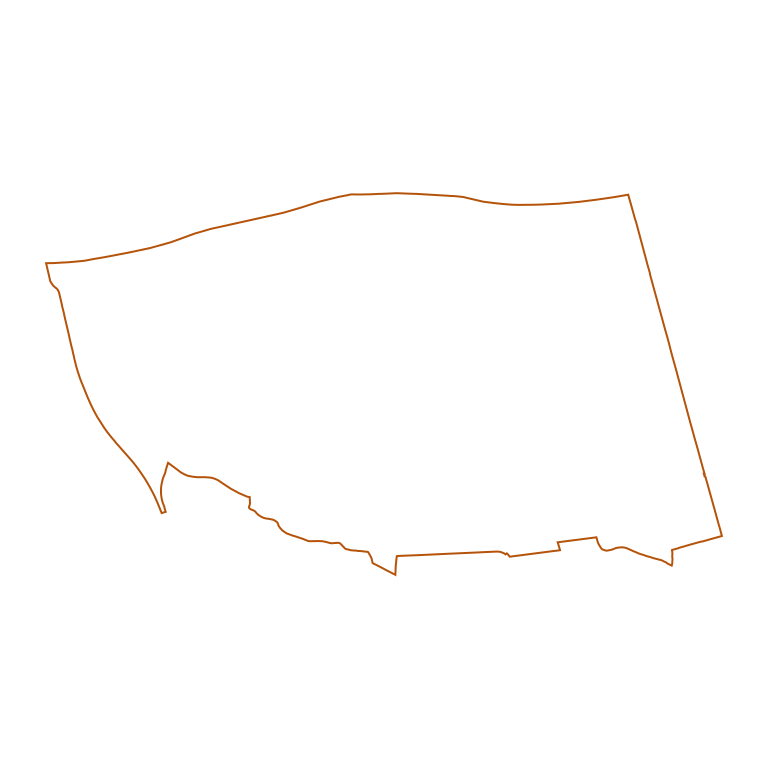 Geertruidenberg, Noord-Brabant, Netherlands
{"feature_id": "6326949B69937984570912", "entity_name": "Geertruidenberg", "entity_type": "district", "adm_level": 2, "iso_a3": "NLD", "parent_name": "Netherlands", "parent_adm1": "Noord-Brabant", "projection": "natural_earth1", "projection_center": [4.874, 51.696], "detail": "fine", "context": "isolated", "style": "outline", "palette": "amber", "viewbox_px": 768, "rotation_deg": 0, "n_neighbors": 0, "source": "geoboundaries", "source_scale": "gbopen_adm2", "svg_char_len": 6018}
<svg xmlns="http://www.w3.org/2000/svg" viewBox="0 0 768 768"><path d="M721.9,536.0L721.6,534.9L721.5,534.5L720.4,530.4L719.4,526.8L718.9,525.2L715.7,513.5L712.4,501.7L711.1,497.1L708.1,486.3L705.4,476.7L704.6,476.5L704.1,474.5L703.9,473.9L704.6,474.0L702.1,465.2L700.6,459.6L700.4,458.9L698.8,453.2L697.9,449.7L696.5,444.8L694.6,438.2L693.2,433.0L692.7,431.2L691.4,426.5L690.9,424.9L690.6,423.8L677.1,373.6L677.0,373.1L674.1,362.7L672.5,357.0L670.9,351.0L669.1,343.8L667.3,337.2L665.8,331.9L665.5,330.9L663.0,321.8L652.0,281.7L650.2,275.1L649.8,272.8L648.5,268.2L647.4,264.5L646.4,260.6L636.3,222.9L634.8,218.2L631.4,206.0L631.3,205.6L628.2,194.7L615.6,196.9L603.4,198.7L595.7,199.8L587.6,200.8L578.8,201.9L558.7,203.7L542.1,204.5L539.5,204.6L535.6,204.7L529.6,204.8L526.8,204.8L518.9,204.9L511.7,204.7L510.6,204.6L502.9,204.0L493.6,203.0L483.2,201.7L463.2,197.0L461.3,196.8L455.7,196.2L454.3,196.1L452.1,196.0L449.9,195.9L447.2,195.7L436.9,195.1L416.8,193.9L412.7,193.8L397.0,193.2L396.4,193.2L380.4,193.9L378.3,193.9L376.7,194.0L370.4,194.3L364.1,194.4L361.6,194.5L351.1,194.4L346.5,195.4L344.7,195.7L338.6,196.9L337.1,197.3L328.1,199.5L320.7,201.3L318.9,201.8L317.1,202.4L301.3,207.5L283.5,212.7L281.8,213.1L277.0,214.2L210.8,228.9L194.9,233.5L170.7,242.3L150.2,248.0L128.1,252.7L123.9,253.5L120.0,254.2L116.5,254.9L111.9,255.8L106.0,256.9L100.3,257.9L93.1,259.1L87.5,260.2L84.1,260.8L83.1,260.9L79.0,261.3L70.2,262.1L67.8,262.3L65.5,262.4L61.5,262.6L53.2,263.1L52.6,263.1L51.4,263.1L46.1,263.2L50.3,281.3L52.7,285.0L52.9,285.3L54.0,286.4L55.3,287.5L56.7,288.6L57.1,289.1L57.4,289.4L57.9,290.1L58.2,290.7L58.6,291.4L58.9,292.1L59.1,292.9L59.4,294.1L59.9,296.2L60.8,300.0L61.7,303.9L62.2,306.4L63.2,310.5L63.8,312.8L64.3,315.3L64.9,317.9L65.4,320.2L66.1,323.0L66.6,325.3L67.2,327.7L67.7,329.9L68.3,332.3L68.8,334.7L69.3,336.9L70.2,341.0L70.9,344.0L71.6,347.0L72.4,349.9L73.0,352.9L73.8,356.0L74.3,358.6L75.9,365.0L76.7,368.1L77.7,371.4L78.9,375.0L79.8,377.8L81.0,381.0L83.5,387.1L84.1,388.5L84.5,389.5L84.7,390.2L85.3,391.6L85.7,392.6L86.3,394.1L87.0,395.7L87.7,397.5L89.9,402.5L90.9,404.7L91.7,406.3L92.6,408.2L93.5,410.0L95.8,414.3L97.4,417.2L99.1,419.8L102.3,424.8L104.0,427.5L105.9,430.2L107.5,432.4L108.9,434.1L109.6,435.1L112.5,438.6L114.8,441.3L115.6,442.3L116.5,443.5L117.6,444.6L123.9,451.8L128.6,457.1L132.0,461.0L134.6,464.2L137.2,467.6L140.7,472.5L144.8,478.6L146.1,480.7L147.7,483.4L149.5,486.5L152.3,491.7L154.9,496.8L157.2,502.1L161.7,513.1L165.7,511.8L165.4,511.0L164.5,508.0L164.5,507.3L162.7,502.7L161.7,498.9L161.6,498.2L161.0,493.8L161.0,492.8L161.0,491.7L161.0,490.2L161.0,489.0L161.1,487.8L161.2,486.8L161.3,485.8L161.5,484.5L162.0,482.3L162.1,481.7L162.7,479.3L162.9,478.3L163.5,476.9L165.2,472.9L165.7,470.6L166.3,468.5L166.6,467.3L168.1,462.8L171.6,465.4L176.0,468.7L180.9,472.4L182.0,473.0L184.4,474.3L185.5,474.8L186.8,475.4L188.0,475.8L188.3,475.9L190.2,476.2L192.4,476.7L192.9,476.7L196.8,477.2L197.3,477.2L199.9,477.2L202.2,477.2L203.4,477.2L204.9,477.2L205.1,477.2L209.2,477.5L210.1,477.6L211.2,477.7L211.7,477.8L212.8,478.1L213.6,478.4L214.8,478.8L215.4,479.0L215.8,479.2L217.2,479.8L217.9,480.2L218.1,480.3L218.7,480.7L219.2,481.0L221.3,482.4L222.4,483.2L224.4,484.5L230.8,488.7L239.1,493.2L246.3,496.3L247.7,496.8L249.7,497.1L250.0,503.2L249.7,505.0L249.3,505.9L249.0,507.0L249.1,507.8L249.4,508.4L250.9,509.4L252.5,510.0L253.5,510.4L254.4,510.9L254.9,511.3L255.8,512.2L256.4,513.0L257.0,513.6L258.4,515.0L259.2,515.4L260.2,516.1L261.2,516.7L262.4,517.3L264.0,518.0L266.2,518.5L268.4,518.8L269.7,519.0L271.1,519.3L272.7,519.6L273.6,520.0L274.7,520.5L275.9,521.3L276.8,522.0L277.5,522.7L277.9,523.8L278.2,524.4L278.4,525.3L278.8,526.1L279.3,526.8L279.7,527.5L280.3,528.1L280.9,528.9L281.5,529.4L282.3,530.5L283.3,531.1L283.9,531.5L285.3,532.5L286.9,533.5L288.3,534.0L290.2,534.7L291.9,535.3L293.0,535.7L294.5,536.1L297.0,536.9L300.5,538.1L302.7,538.8L303.7,539.2L304.6,539.6L305.7,540.0L306.6,540.4L307.9,540.9L308.8,541.1L309.8,541.2L311.0,541.2L314.4,541.1L316.0,541.1L317.8,541.0L319.2,541.1L320.5,541.1L322.1,541.2L323.3,541.4L324.2,541.6L325.8,541.9L327.3,542.3L329.4,542.9L330.5,543.1L331.3,543.2L331.9,543.3L332.5,543.2L333.8,543.1L334.9,543.0L336.4,542.9L337.9,542.8L338.7,542.9L339.3,543.0L339.9,543.3L340.4,543.7L341.6,544.8L341.9,545.2L344.1,547.5L345.0,548.5L345.5,548.8L346.2,549.1L347.2,549.3L348.1,549.5L349.4,549.8L350.6,550.2L351.9,550.3L353.4,550.5L354.5,550.5L355.3,550.5L356.4,550.7L357.8,550.9L359.0,551.0L360.9,551.1L362.2,551.2L363.3,551.4L365.0,551.6L366.5,551.7L367.0,551.8L367.9,551.9L368.4,552.5L368.9,553.4L369.6,554.6L370.7,556.6L371.3,557.8L371.8,559.2L372.1,560.7L372.6,563.0L373.2,563.4L379.4,566.5L383.4,568.6L385.2,569.6L389.9,572.0L390.3,572.2L395.3,574.8L395.3,574.7L395.4,573.8L395.6,569.2L395.7,566.4L396.4,559.4L396.8,556.2L397.0,556.1L397.5,556.0L409.0,555.5L417.3,555.2L447.2,553.8L476.6,552.5L484.3,552.1L486.9,552.0L496.2,551.6L497.8,551.6L499.6,551.8L499.8,551.8L500.9,552.1L502.1,552.5L503.3,553.0L504.2,553.4L505.2,554.1L505.6,554.4L506.8,553.4L507.5,554.0L508.4,554.9L509.0,555.8L509.4,556.3L509.7,556.7L549.9,551.5L558.9,550.4L560.0,550.2L559.7,549.0L557.7,542.3L591.9,537.9L592.8,537.8L596.4,537.3L596.8,538.8L597.2,540.0L597.5,541.2L598.3,543.5L598.7,544.2L600.2,546.8L601.5,548.7L602.3,549.4L604.4,550.1L605.0,550.3L605.8,550.6L607.2,550.6L609.4,550.2L610.9,549.9L612.3,549.5L613.5,549.0L613.9,548.9L614.7,548.5L615.6,548.2L617.0,547.8L618.3,547.6L619.5,547.5L620.7,547.4L622.3,547.3L622.8,547.3L624.0,547.5L625.4,547.8L626.7,548.2L631.5,550.3L633.2,551.1L635.2,551.9L637.1,552.7L639.1,553.6L641.5,554.4L643.8,555.0L645.6,555.8L650.0,557.0L652.1,557.7L654.1,558.3L656.4,558.9L659.4,559.7L660.4,559.9L661.1,560.1L662.8,560.8L664.0,561.5L665.4,562.1L666.4,562.6L667.1,563.3L667.6,563.6L671.7,565.6L672.2,563.7L672.5,558.9L672.2,556.2L672.4,554.3L672.3,552.3L672.0,550.0L673.3,549.6L678.1,548.3L678.9,547.9L691.0,544.4L701.1,541.6L702.5,541.5L704.2,541.0L710.1,539.3L721.9,536.0Z" fill="none" stroke="#b45309" stroke-width="2"/></svg>